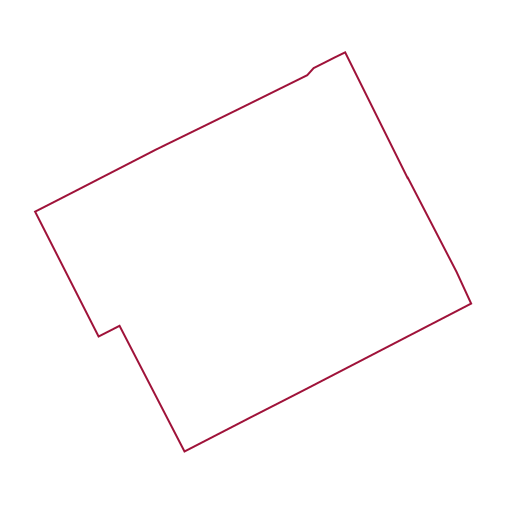 Pettis, Missouri, United States of America, rotated 61°
{"feature_id": "52423323B46784641696011", "entity_name": "Pettis", "entity_type": "district", "adm_level": 2, "iso_a3": "USA", "parent_name": "United States of America", "parent_adm1": "Missouri", "projection": "orthographic", "projection_center": [-93.351, 38.725], "detail": "fine", "context": "isolated", "style": "outline", "palette": "rose", "viewbox_px": 512, "rotation_deg": 61, "n_neighbors": 0, "source": "geoboundaries", "source_scale": "gbopen_adm2", "svg_char_len": 399}
<svg xmlns="http://www.w3.org/2000/svg" viewBox="0 0 512 512"><g transform="rotate(61 256 256)"><path d="M110.1,427.7L250.1,432.7L250.9,409.2L392.3,413.3L394.5,339.7L396.5,281.3L401.9,90.9L367.2,88.3L261.2,85.3L261.2,85.6L121.1,79.3L120.5,90.9L119.6,114.5L122.7,123.5L118.6,210.1L118.0,221.9L115.0,280.6L114.4,292.4L111.3,392.3L110.1,427.7Z" fill="none" stroke="#9f1239" stroke-width="2"/></g></svg>